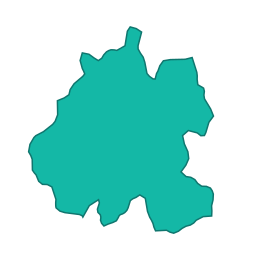 an SVG outline of Erzurum, rotated 98°
{"feature_id": "TUR-2299", "entity_name": "Erzurum", "entity_type": "Province", "adm_level": 1, "iso_a3": "TUR", "parent_name": "Turkey", "parent_adm1": "", "projection": "natural_earth1", "projection_center": [41.622, 40.047], "detail": "fine", "context": "isolated", "style": "filled", "palette": "teal", "viewbox_px": 256, "rotation_deg": 98, "n_neighbors": 0, "source": "natural_earth", "source_scale": "10m", "svg_char_len": 1820}
<svg xmlns="http://www.w3.org/2000/svg" viewBox="0 0 256 256"><g transform="rotate(98 128 128)"><path d="M217.1,188.1L215.3,188.7L212.1,189.2L208.8,189.4L196.9,195.2L195.2,200.0L195.7,204.9L193.2,209.0L187.2,212.5L185.6,214.4L183.0,216.8L172.3,218.5L168.7,220.5L165.4,223.1L157.8,222.8L150.5,219.8L148.4,218.2L143.4,211.2L134.9,203.1L131.6,201.1L124.7,199.5L110.8,201.7L107.2,195.5L103.3,191.1L98.0,190.6L91.6,187.5L83.2,180.0L80.5,178.4L78.1,179.7L75.5,181.5L67.8,184.8L60.0,183.7L60.4,176.9L63.4,171.3L65.4,166.8L62.6,163.7L59.0,162.2L55.6,159.9L54.1,158.0L52.9,155.7L52.6,152.7L52.7,149.8L47.0,142.4L32.2,142.1L27.6,139.9L28.4,133.7L31.1,127.9L45.2,129.5L48.3,129.0L52.1,126.2L55.8,122.8L60.6,120.5L71.4,116.8L73.9,113.9L75.9,110.1L75.7,107.9L70.0,107.3L67.5,106.3L61.8,105.1L56.5,102.3L54.4,95.6L52.0,80.9L49.3,74.3L63.3,67.6L66.7,66.7L70.2,66.3L75.4,64.9L78.0,58.7L81.0,57.5L84.9,57.4L88.5,56.3L97.7,48.8L104.3,45.0L111.1,48.7L121.7,50.3L124.8,51.3L125.5,54.8L123.2,58.7L122.1,67.9L127.9,72.9L135.9,70.0L143.2,65.4L149.9,63.6L156.7,65.5L164.1,69.4L168.0,63.8L168.1,58.9L169.8,54.6L173.2,51.3L175.4,46.9L174.9,42.3L176.0,38.0L178.6,35.8L181.6,34.3L187.4,33.8L193.4,34.4L198.5,33.4L203.5,32.9L205.3,41.2L209.8,47.6L212.9,49.7L215.4,52.7L217.2,56.9L219.8,60.4L223.2,63.7L225.8,68.1L225.3,71.9L223.9,75.6L226.0,86.4L222.6,88.5L219.0,90.0L216.1,91.9L213.3,94.1L207.8,97.1L195.2,101.1L192.6,107.0L195.6,110.4L197.4,113.4L199.6,115.6L207.0,116.8L209.8,117.7L212.3,119.5L213.8,121.4L214.9,123.6L216.4,124.7L218.1,125.2L221.5,126.6L223.7,129.9L225.9,134.3L228.4,138.2L226.0,140.9L223.1,142.4L220.9,142.4L219.7,142.6L217.7,143.4L215.8,146.0L212.7,147.0L206.2,145.9L203.1,147.2L210.2,155.5L222.5,160.3L221.3,161.1L220.4,164.0L220.6,178.7L219.8,183.8L217.1,188.1Z" fill="#14b8a6" stroke="#0f766e" stroke-width="1.5"/></g></svg>